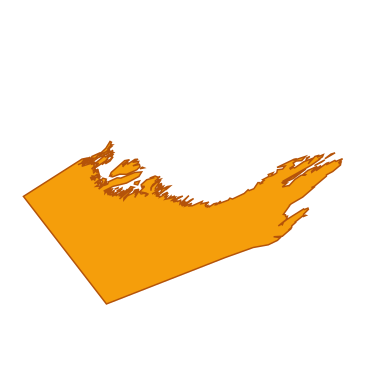 SVG path tracing the border of Qaasuitsup Kommunia, rotated 148°
{"feature_id": "GRL-2743", "entity_name": "Qaasuitsup Kommunia", "entity_type": "state/province", "adm_level": 1, "iso_a3": "GRL", "parent_name": "Greenland", "parent_adm1": "", "projection": "natural_earth1", "projection_center": [-56.716, 74.362], "detail": "fine", "context": "isolated", "style": "filled", "palette": "amber", "viewbox_px": 384, "rotation_deg": 148, "n_neighbors": 0, "source": "natural_earth", "source_scale": "10m", "svg_char_len": 6127}
<svg xmlns="http://www.w3.org/2000/svg" viewBox="0 0 384 384"><g transform="rotate(148 192 192)"><path d="M93.1,159.3L92.3,158.0L81.0,158.4L72.8,156.8L78.6,154.3L68.8,157.0L64.4,155.7L67.5,155.2L60.8,154.1L62.8,152.7L67.6,152.6L65.7,152.1L77.0,151.5L109.4,153.0L108.6,152.7L111.3,152.0L83.2,151.1L99.3,149.8L110.8,151.3L106.8,149.3L112.8,148.4L106.5,146.2L107.1,145.7L98.0,148.1L90.6,148.4L87.3,146.3L86.4,146.5L88.2,148.1L82.3,148.9L72.2,147.4L79.7,146.1L80.0,145.2L68.6,146.2L75.6,144.3L62.7,145.1L61.5,144.8L63.8,143.9L54.1,143.1L53.8,141.7L46.7,140.5L52.6,138.9L48.9,138.6L51.5,137.6L50.9,137.2L51.8,136.2L61.8,134.8L68.9,135.3L69.6,134.2L85.0,132.0L88.4,132.5L84.8,131.5L100.8,129.0L113.9,129.4L117.0,129.0L115.9,128.9L126.4,124.6L124.8,123.1L125.6,121.6L123.9,120.9L125.7,119.6L124.9,118.9L136.8,117.5L133.3,117.4L132.8,116.3L130.3,118.0L126.0,118.4L106.3,118.5L106.1,117.6L102.2,116.9L102.5,115.6L109.2,114.0L109.6,113.1L121.1,111.8L119.5,111.4L125.4,110.4L126.0,109.3L128.9,108.8L128.2,108.3L138.8,106.6L146.5,110.8L141.4,106.5L145.1,105.7L155.3,106.8L169.5,112.5L198.4,118.8L323.9,142.4L337.3,277.6L267.9,278.2L264.4,276.9L267.2,276.3L270.6,275.1L274.3,275.6L270.5,275.0L262.9,276.6L264.1,276.1L259.6,275.4L263.0,275.3L270.7,273.6L265.2,272.7L264.1,273.4L266.6,273.5L261.2,274.7L259.0,273.0L263.2,273.0L262.4,271.7L256.8,272.4L259.5,273.9L258.0,275.2L248.7,273.9L256.4,271.8L241.8,274.8L234.7,278.3L233.9,276.9L236.1,275.3L234.5,274.1L238.8,274.1L236.6,273.1L237.7,272.9L238.4,273.6L239.8,273.7L238.7,273.4L241.2,273.0L238.4,272.7L242.9,271.7L239.0,271.2L250.1,272.5L251.7,271.8L244.3,271.7L240.0,269.8L240.5,269.0L236.8,269.4L238.4,268.9L240.4,268.8L247.5,270.5L243.8,269.1L253.0,270.8L260.5,270.5L267.5,272.8L271.9,272.2L258.1,268.7L263.2,268.9L258.7,268.0L261.0,267.5L260.9,265.8L265.0,264.7L264.2,264.6L255.8,265.8L260.3,267.4L247.5,269.0L246.8,267.5L242.3,267.9L245.9,266.7L238.0,267.8L237.5,267.0L240.7,267.1L248.0,264.5L245.6,264.3L261.0,263.8L262.2,263.5L261.7,261.9L264.0,263.0L264.5,262.2L262.5,261.5L266.0,260.2L259.4,261.3L262.7,258.8L260.4,259.4L261.4,256.1L264.9,256.2L262.4,257.4L266.1,256.9L268.9,259.1L267.6,257.8L269.6,257.0L270.5,258.4L270.4,256.9L265.5,256.2L271.2,255.5L267.7,255.1L268.7,253.3L266.4,255.0L261.0,255.0L263.5,254.0L262.3,253.4L263.9,253.2L263.4,251.6L270.3,250.8L263.3,251.0L264.3,249.1L268.1,249.7L264.0,248.2L270.3,247.6L266.0,245.4L269.6,243.9L259.1,244.9L263.2,244.1L259.4,243.4L257.2,244.9L248.0,243.7L245.0,241.5L230.3,238.9L224.0,235.7L228.8,233.3L242.9,234.3L255.8,238.6L266.4,239.6L264.8,239.0L266.3,237.2L261.6,238.7L257.9,236.8L259.4,236.0L262.7,237.6L264.2,237.1L261.7,235.9L265.0,235.7L260.4,235.6L260.5,234.2L256.8,234.6L258.7,233.5L263.2,234.8L265.1,234.5L262.2,233.5L262.8,232.8L251.4,230.8L259.1,231.6L262.1,230.8L256.2,230.1L258.8,229.1L248.4,229.4L255.6,227.4L254.4,226.2L245.1,228.7L248.1,227.5L248.1,226.2L257.2,224.5L246.4,226.1L240.6,225.5L252.9,223.1L254.0,221.4L248.9,223.0L237.7,221.7L241.4,220.0L241.3,219.0L243.5,217.7L236.7,220.8L236.2,217.3L233.1,216.2L231.5,213.5L234.5,213.2L231.3,213.2L230.4,213.6L231.7,215.7L236.3,219.9L231.0,221.3L232.6,222.6L229.1,221.7L231.8,223.9L231.2,225.1L223.9,226.4L217.5,224.5L218.8,225.9L214.8,225.1L213.1,222.7L214.2,222.6L210.8,222.1L217.3,220.8L216.6,219.4L221.4,219.0L224.5,217.4L226.2,214.9L223.6,217.6L217.2,218.8L213.7,218.0L221.1,214.6L220.4,213.2L223.1,213.1L213.3,212.0L215.2,211.0L227.0,211.5L219.7,211.0L223.5,209.7L221.0,209.0L224.6,207.7L220.6,207.6L223.8,207.0L221.3,205.2L222.0,204.8L212.7,203.9L216.4,202.5L215.4,202.3L218.3,202.4L215.1,201.4L218.8,200.1L209.0,196.4L211.2,196.0L209.2,195.9L210.0,194.9L212.3,195.7L213.5,195.5L210.2,193.7L213.2,193.5L208.4,191.8L209.9,191.6L205.5,191.1L207.6,190.4L206.5,190.4L208.4,188.4L196.5,190.6L206.6,188.0L202.5,187.5L208.3,187.0L201.7,186.2L208.1,185.7L203.6,184.2L204.9,183.7L198.1,182.5L201.7,181.6L199.1,180.2L188.4,178.6L190.6,177.2L185.5,175.3L187.4,174.1L182.9,174.8L187.8,173.6L188.0,172.5L185.7,172.1L186.8,171.1L184.1,170.7L185.9,170.2L179.7,170.4L177.3,169.6L178.8,168.7L177.5,168.2L172.5,169.2L174.4,167.7L165.5,165.9L163.1,166.7L161.4,164.6L148.4,163.1L143.2,164.2L142.8,162.9L137.8,162.0L131.1,165.0L129.6,164.1L129.9,162.7L127.4,162.4L127.8,163.5L124.8,163.6L125.6,165.0L118.4,164.5L118.1,166.4L113.0,165.4L116.4,163.7L114.6,163.3L110.0,163.3L107.8,165.6L103.0,163.4L99.2,164.7L106.9,167.8L88.1,165.7L86.8,165.2L87.8,164.7L76.8,162.0L82.3,160.5L87.2,163.0L90.8,163.0L91.1,160.3L96.3,160.3L96.4,159.3L93.1,159.3ZM250.1,251.4L232.5,254.3L227.9,252.5L237.0,252.0L235.1,251.5L237.5,250.0L232.7,251.7L233.5,250.9L230.8,251.1L231.5,249.7L223.1,249.9L220.4,248.4L226.7,248.7L221.0,246.2L222.7,244.8L228.3,245.5L222.0,243.3L222.7,241.1L227.1,240.1L238.2,241.7L243.9,245.4L251.5,247.0L252.4,247.9L251.3,248.8L253.2,249.2L250.1,251.4ZM259.5,245.6L263.8,245.7L265.4,246.6L262.3,248.0L262.5,250.3L260.3,251.0L257.9,248.3L261.8,245.9L258.1,246.4L259.5,245.6ZM247.4,227.1L241.0,229.0L238.7,226.7L247.4,227.1ZM235.4,230.6L230.6,229.1L234.3,226.8L236.7,229.3L235.4,230.6ZM49.9,149.4L61.7,149.8L54.1,150.5L49.9,149.4ZM216.1,210.2L211.2,209.8L213.7,208.0L220.1,207.3L216.1,210.2ZM66.2,148.7L74.2,149.5L62.3,148.9L66.2,148.7ZM219.7,212.9L216.1,215.7L213.0,215.4L215.5,214.4L213.5,213.9L219.7,212.9ZM239.3,223.9L235.5,222.4L242.9,222.3L239.3,223.9ZM210.1,194.1L206.5,194.7L201.9,193.4L210.1,194.1ZM250.6,261.8L247.6,262.5L240.2,263.7L245.1,261.7L250.6,261.8ZM250.3,231.4L255.4,232.7L249.3,232.5L250.3,231.4ZM204.4,185.6L197.7,185.9L194.1,185.6L202.5,184.8L204.4,185.6ZM212.8,204.8L214.5,204.1L219.1,205.4L212.8,204.8ZM213.3,207.7L209.1,209.3L207.4,208.6L213.3,207.7ZM77.9,159.1L76.6,160.1L73.2,159.7L77.9,159.1ZM211.7,219.4L214.2,218.7L215.8,219.3L214.2,220.2L211.7,219.4ZM239.2,265.6L241.6,264.7L243.1,265.7L240.6,266.6L239.2,265.6ZM208.5,197.6L210.2,197.4L214.9,199.3L212.1,199.7L213.0,198.6L208.5,197.6ZM223.8,239.3L221.0,239.4L219.9,237.9L223.8,239.3ZM247.6,263.4L254.0,263.0L250.8,263.8L247.6,263.4ZM111.2,112.3L108.2,112.3L107.7,111.7L111.2,112.3ZM252.9,234.4L256.2,235.4L252.5,234.8L252.9,234.4Z" fill="#f59e0b" stroke="#b45309" stroke-width="1.5"/></g></svg>